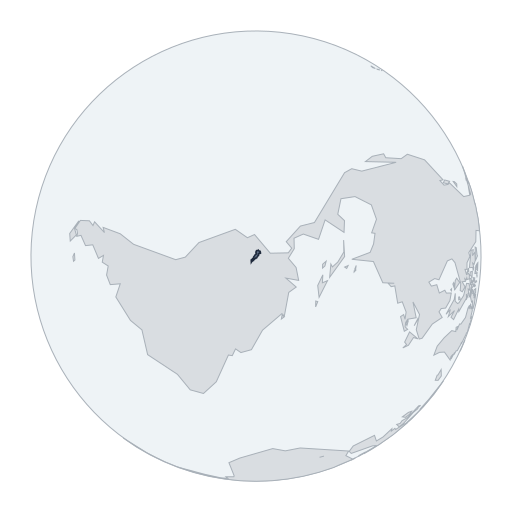 Putumayo highlighted on a globe, orthographic projection, rotated 102°
{"feature_id": "COL-1407", "entity_name": "Putumayo", "entity_type": "Intendancy", "adm_level": 1, "iso_a3": "COL", "parent_name": "Colombia", "parent_adm1": "", "projection": "orthographic", "projection_center": [-75.67, 0.437], "detail": "fine", "context": "on_globe", "style": "filled", "palette": "slate", "viewbox_px": 512, "rotation_deg": 102, "n_neighbors": 0, "source": "natural_earth", "source_scale": "10m", "svg_char_len": 8956}
<svg xmlns="http://www.w3.org/2000/svg" viewBox="0 0 512 512"><g transform="rotate(102 256 256)"><circle cx="256" cy="256" r="225" fill="#eef3f6" stroke="#a8b0b8"/><path d="M163.7,50.5L165.0,50.1L172.9,46.6L184.9,42.6L185.2,46.1L196.3,44.0L208.5,48.6L211.9,46.7L218.7,48.2L225.2,46.9L225.6,48.8L230.4,46.2L228.8,44.7L230.3,43.3L234.0,42.6L235.1,44.6L233.5,45.3L235.7,45.6L234.8,47.0L237.3,45.9L238.3,49.0L242.7,45.1L248.1,46.8L247.3,49.1L240.3,50.0L221.1,60.0L218.1,63.8L221.0,67.8L241.2,72.1L240.9,76.5L245.6,81.5L249.0,78.2L246.5,73.2L254.1,69.0L250.2,64.2L252.7,62.1L251.6,57.3L259.3,57.1L267.5,59.7L268.9,63.9L272.6,65.4L277.4,61.1L285.9,69.4L301.9,76.4L303.3,79.1L294.8,83.9L279.2,83.9L268.3,92.9L283.1,86.5L286.3,94.5L290.0,95.8L294.3,95.4L296.2,92.4L298.8,95.3L285.2,102.0L282.6,99.4L286.9,97.1L279.6,97.5L270.4,103.4L272.7,107.6L256.4,114.0L257.9,117.4L255.2,121.1L253.9,115.1L255.8,126.4L237.0,140.0L239.3,161.6L228.7,145.1L219.8,143.5L209.1,144.3L209.3,147.7L195.0,145.8L182.0,153.8L177.3,171.5L182.3,184.8L198.2,184.7L203.0,176.8L214.6,174.8L206.3,195.9L226.7,198.3L224.7,214.3L230.7,222.5L240.9,220.1L251.5,223.9L258.9,214.4L271.0,209.2L271.4,222.2L278.0,210.2L284.8,216.4L308.8,215.8L307.0,218.7L327.2,234.2L348.6,241.0L353.6,250.7L351.1,256.7L358.4,258.5L358.6,262.4L387.3,268.7L401.4,278.8L400.6,292.5L388.1,308.2L375.0,341.5L352.0,352.2L345.1,365.4L325.2,384.6L311.4,383.0L314.3,392.6L305.7,398.2L296.5,398.5L294.0,405.1L287.1,405.3L291.1,409.6L279.0,418.0L281.3,424.9L272.2,431.5L274.0,435.4L270.9,435.3L267.4,436.7L266.8,438.9L257.7,435.2L256.2,426.3L260.1,421.8L256.1,421.0L264.6,409.1L259.8,411.5L262.5,393.4L270.0,378.2L276.3,333.8L271.8,324.9L254.7,314.6L234.2,281.8L239.9,268.2L235.3,261.9L250.3,242.6L246.2,225.1L240.9,222.7L235.7,229.4L217.5,218.8L211.1,205.8L156.1,186.7L150.7,180.5L151.0,170.2L135.2,138.4L140.9,168.6L134.3,163.0L129.5,152.4L132.9,149.5L130.6,134.2L125.0,129.1L126.9,111.1L142.6,88.9L144.0,91.8L147.6,86.8L146.1,83.1L144.2,82.0L154.7,65.2L152.1,59.5L143.9,62.8L151.5,58.6L131.0,69.4L124.9,72.8L136.3,66.0L141.0,63.2L139.1,63.6L143.5,61.0L145.1,59.9L150.5,57.0L156.8,54.0L160.4,52.2L158.8,52.8L161.2,51.6L163.7,50.5ZM46.1,183.3L47.8,178.2L47.5,181.1L46.1,183.3ZM48.3,175.5L47.8,177.1L48.1,175.8L48.3,175.5ZM48.3,174.7L48.3,175.3L48.0,175.1L48.3,174.7ZM47.9,174.3L48.2,174.3L48.1,174.5L47.9,174.3ZM238.1,169.2L261.5,179.5L248.3,181.1L250.8,179.0L244.9,174.7L233.8,170.9L222.2,173.6L238.1,169.2ZM48.2,172.2L48.3,171.5L48.7,171.0L48.2,172.2ZM248.4,156.7L244.4,156.0L248.4,155.8L248.4,156.7ZM142.7,82.2L145.6,83.4L145.4,88.0L142.4,87.2L142.7,82.2ZM143.8,74.6L146.4,74.0L142.1,78.6L142.0,77.5L143.8,74.6ZM137.1,66.3L138.6,66.0L135.6,67.3L137.1,66.3ZM144.3,60.4L142.5,61.4L142.8,61.2L144.3,60.4ZM247.4,57.9L249.4,57.6L248.6,58.6L247.4,57.9ZM244.9,56.2L242.5,57.6L240.9,57.1L242.5,56.2L244.9,56.2ZM248.3,54.8L238.5,56.0L235.9,55.1L239.6,51.3L248.3,54.8ZM226.7,44.7L228.6,46.1L223.6,45.7L226.7,44.7ZM223.1,44.8L205.7,46.8L204.7,44.8L210.7,44.3L206.7,42.7L214.8,40.6L218.8,41.0L217.9,42.6L221.7,40.7L223.1,44.8ZM230.5,42.7L227.1,43.1L226.0,41.2L232.7,40.2L230.9,41.0L230.5,42.7ZM201.7,43.5L202.1,42.3L208.8,40.1L209.8,39.4L214.9,40.4L201.7,43.5ZM233.0,41.1L236.1,39.8L240.0,40.1L233.8,42.2L233.0,41.1ZM222.9,41.3L222.7,40.5L225.0,40.5L222.9,41.3ZM255.3,41.3L251.2,41.3L250.3,40.3L255.3,41.3ZM237.0,39.3L235.7,39.2L234.9,38.9L237.7,38.2L237.0,39.3ZM219.3,39.0L222.0,38.6L217.5,38.5L222.3,37.3L224.9,38.3L225.8,37.3L227.3,37.0L227.7,38.3L219.3,39.0ZM238.0,36.7L242.9,38.2L250.7,38.1L251.7,38.9L239.0,39.0L238.0,36.7ZM231.9,37.5L235.9,37.1L235.2,38.1L232.0,38.9L231.9,37.5ZM224.7,36.2L216.6,37.8L216.3,37.6L224.7,36.2ZM240.4,36.4L239.2,36.1L241.1,36.3L240.4,36.4ZM229.7,35.9L226.9,36.4L226.6,36.2L229.7,35.9ZM239.0,35.3L240.6,35.6L238.5,36.1L239.0,35.3ZM234.9,35.4L235.2,34.9L236.8,36.1L233.7,35.6L234.9,35.4ZM229.9,35.6L228.8,35.6L231.1,35.5L229.9,35.6ZM246.1,33.6L248.7,34.9L244.0,35.8L242.2,34.3L246.1,33.6ZM272.7,442.9L258.4,436.6L266.5,439.4L272.7,436.1L280.0,440.8L272.7,442.9ZM290.8,434.2L297.6,432.3L299.1,433.4L294.7,435.0L290.8,434.2ZM415.8,97.3L413.2,94.7L417.7,99.3L421.4,103.1L427.1,109.5L416.3,98.6L417.4,102.4L429.3,121.8L427.7,124.2L421.6,121.4L406.8,102.8L411.9,99.8L406.7,94.2L396.7,87.2L399.1,87.2L395.7,84.3L396.7,83.4L389.4,76.0L389.1,75.0L377.7,66.9L376.0,65.6L383.3,70.5L388.2,73.8L387.5,73.1L402.2,84.6L415.8,97.3ZM382.3,69.5L384.0,70.7L370.2,62.0L372.1,63.9L360.5,57.3L339.3,46.7L354.2,53.2L368.6,60.9L382.3,69.5ZM461.6,348.1L471.6,320.7L476.3,303.0L478.7,289.6L480.2,260.5L480.3,244.1L479.3,237.4L478.2,239.5L476.5,231.7L475.3,231.8L463.8,239.5L457.0,229.8L440.9,199.6L440.5,186.8L434.6,172.9L427.5,124.8L432.6,126.6L434.5,119.4L435.9,120.8L442.8,130.8L446.7,136.0L454.6,149.7L461.6,163.9L467.5,178.5L472.5,193.6L476.3,208.9L479.1,224.5L480.7,240.2L481.3,256.0L480.7,271.8L479.1,287.5L476.3,303.1L472.5,318.4L467.6,333.4L461.6,348.1ZM437.6,147.9L439.7,152.0L437.6,147.9ZM309.5,215.6L312.4,218.1L308.6,218.2L309.5,215.6ZM246.5,186.3L251.4,186.5L254.0,188.4L250.2,189.1L246.5,186.3ZM287.8,186.1L293.4,187.1L287.6,188.2L287.8,186.1ZM265.2,180.9L283.3,185.7L272.0,189.5L260.5,186.7L268.4,185.5L265.2,180.9ZM246.2,163.9L249.3,164.7L248.4,167.0L246.2,163.9ZM251.3,156.7L250.1,156.9L248.6,155.1L251.3,156.7ZM287.0,94.0L288.2,93.6L292.7,93.9L290.7,95.2L287.0,94.0ZM311.6,88.3L315.4,93.3L311.3,90.3L309.3,92.7L298.3,90.0L303.4,80.4L303.0,85.0L311.6,88.3ZM284.9,84.6L291.3,86.8L284.1,84.8L284.9,84.6ZM375.5,71.5L378.8,72.8L382.7,76.1L382.9,79.4L377.3,74.4L375.5,71.5ZM382.5,74.1L368.7,65.7L367.9,63.9L370.7,66.2L371.6,65.9L376.3,69.6L389.1,76.9L393.3,80.5L391.5,83.4L389.8,80.2L386.7,78.9L382.5,74.1ZM334.6,53.3L328.6,51.3L334.8,49.8L339.7,52.0L340.3,54.8L334.9,54.0L334.6,53.3ZM256.7,48.6L254.0,49.2L253.7,48.4L255.7,47.3L256.7,48.6ZM253.5,41.4L268.1,46.0L265.8,46.7L277.1,49.5L275.4,52.5L268.1,50.5L275.3,55.3L267.9,54.7L273.5,58.0L257.4,53.1L251.1,53.3L258.8,51.8L260.6,48.9L259.5,47.7L251.6,44.7L239.0,44.3L238.7,42.0L241.9,40.4L244.9,40.1L244.1,41.6L248.7,40.2L249.9,42.2L253.5,41.4ZM279.3,32.7L277.2,33.0L286.5,33.4L287.7,34.2L288.7,34.2L292.4,35.2L298.6,36.7L298.1,37.1L300.8,37.6L303.3,38.5L306.7,39.4L307.1,40.5L311.3,41.8L309.0,41.7L316.3,43.8L311.1,42.8L313.8,44.4L317.4,44.5L310.8,51.7L312.1,56.5L316.0,61.4L306.5,60.0L296.8,54.9L288.3,49.0L288.4,44.9L284.1,45.4L282.9,43.8L286.8,44.1L280.1,42.7L280.1,41.5L272.6,38.3L262.8,37.8L259.8,36.9L263.6,36.5L257.9,36.0L263.2,34.9L261.1,34.4L264.3,33.1L272.9,33.3L270.0,32.8L272.2,32.3L279.3,32.7ZM247.3,33.2L257.3,32.5L262.9,32.8L255.1,34.9L256.2,35.6L251.4,37.7L243.4,37.4L245.5,36.7L245.7,36.1L248.1,36.4L246.3,35.7L249.2,34.9L248.6,34.3L252.0,34.1L247.3,33.2ZM436.2,120.8L433.1,117.0L433.4,117.2L433.2,116.9L436.2,120.8ZM425.2,108.5L424.8,107.7L430.1,113.8L429.7,113.8L425.2,108.5ZM420.1,102.4L424.4,107.2L421.9,104.6L420.1,102.4ZM382.5,69.8L381.5,69.0L383.2,70.1L385.8,72.0L382.5,69.8ZM306.8,36.5L305.2,36.2L303.9,35.9L296.4,34.4L294.9,34.1L306.8,36.5Z" fill="#d9dde1" stroke="#a8b0b8" stroke-width="1"/><path d="M254.0,256.1L253.9,256.1L253.7,256.1L253.6,255.9L253.4,256.0L253.2,256.1L253.1,256.5L253.0,256.8L252.6,256.8L252.4,256.8L252.3,256.7L252.2,256.7L251.9,256.6L251.8,256.8L251.6,256.7L251.3,256.8L251.2,256.8L251.1,256.7L250.9,256.6L250.7,256.6L250.4,256.3L250.4,256.2L250.4,255.9L250.3,255.6L250.3,255.4L250.2,255.3L250.0,255.1L249.8,255.0L249.9,254.9L250.2,254.6L250.3,254.4L250.4,254.2L250.6,253.8L250.7,253.7L250.4,253.5L250.4,253.3L250.4,253.1L250.5,253.0L250.8,252.9L250.9,252.7L251.0,252.7L251.6,252.6L251.8,252.5L251.9,252.4L252.1,252.1L252.3,252.1L252.5,252.3L252.6,252.5L252.7,252.8L252.6,253.0L252.6,253.3L252.6,253.5L252.8,253.7L253.0,253.8L253.3,253.9L253.9,253.9L254.0,253.9L254.2,253.7L254.3,253.8L254.4,253.7L254.5,253.6L254.8,253.7L255.0,253.7L255.0,253.8L255.1,254.0L255.3,254.2L255.4,254.3L255.5,254.3L255.8,254.4L256.1,254.4L256.3,254.4L256.4,254.5L256.7,254.7L256.8,254.8L257.2,254.8L257.4,254.8L257.5,254.8L257.6,255.0L257.8,255.2L257.8,255.3L257.8,255.5L257.9,255.8L258.0,255.8L258.2,255.7L258.3,255.7L258.3,255.8L258.5,255.8L258.7,256.0L258.7,256.3L258.7,256.5L258.8,256.6L259.2,256.8L259.6,256.9L259.8,257.0L259.9,257.3L259.9,257.5L260.0,257.5L259.9,257.6L259.9,257.8L260.0,257.9L260.1,258.0L260.1,257.9L260.1,258.0L260.3,258.2L260.5,258.2L260.8,258.2L261.0,258.1L261.3,258.2L261.4,258.3L261.5,258.3L261.5,258.5L261.8,258.6L262.0,258.7L262.4,258.9L262.5,259.0L262.8,259.2L263.1,259.3L260.9,259.9L260.7,259.7L260.4,259.4L260.2,259.3L260.1,259.1L259.9,259.1L259.7,259.0L259.5,258.9L259.5,258.5L259.4,258.5L259.3,258.4L259.2,258.6L258.9,258.5L258.6,258.3L258.4,258.2L258.2,258.0L258.2,257.9L257.9,257.8L257.7,257.9L257.7,258.0L257.4,258.1L257.2,258.0L256.9,257.9L256.6,257.7L256.4,257.6L256.2,257.5L256.2,257.4L255.8,257.4L255.7,257.4L255.4,257.3L255.3,257.2L255.2,257.2L254.9,256.9L254.8,256.7L254.5,256.4L254.4,256.3L254.2,256.3L254.2,256.2L254.0,256.1Z" fill="#64748b" stroke="#1e293b" stroke-width="1.5"/></g></svg>